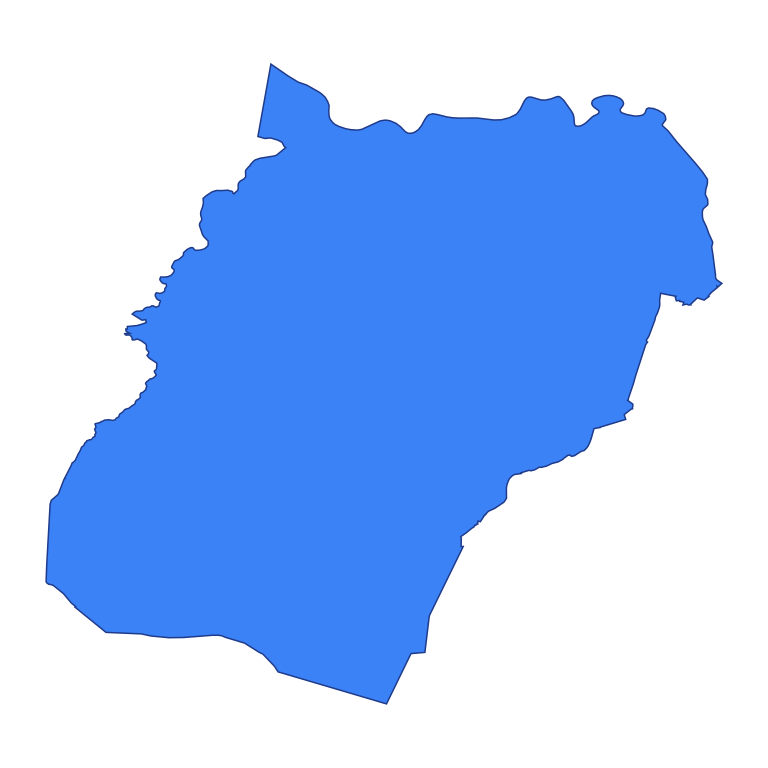 outline of Westerkwartier, Groningen, Netherlands
{"feature_id": "6326949B76926686027911", "entity_name": "Westerkwartier", "entity_type": "district", "adm_level": 2, "iso_a3": "NLD", "parent_name": "Netherlands", "parent_adm1": "Groningen", "projection": "equal_earth", "projection_center": [6.305, 53.214], "detail": "fine", "context": "isolated", "style": "filled", "palette": "blue", "viewbox_px": 768, "rotation_deg": 0, "n_neighbors": 0, "source": "geoboundaries", "source_scale": "gbopen_adm2", "svg_char_len": 6067}
<svg xmlns="http://www.w3.org/2000/svg" viewBox="0 0 768 768"><path d="M715.5,274.7L712.9,254.4L711.8,247.5L711.8,246.6L712.7,243.0L712.6,241.9L708.9,233.8L706.4,226.8L703.2,220.1L702.5,217.3L702.3,212.6L702.6,210.5L703.1,209.2L704.1,208.0L707.6,205.0L707.9,203.9L707.6,199.3L705.8,195.6L705.3,193.9L705.9,189.0L707.0,185.5L707.5,182.4L707.4,179.2L702.7,172.2L695.8,163.7L676.8,141.9L668.2,131.0L662.6,125.8L662.3,125.1L662.5,124.2L665.8,119.7L665.5,117.2L664.8,115.2L663.6,113.6L658.4,110.4L653.4,108.5L648.4,108.0L646.6,108.9L645.0,112.9L643.5,114.5L642.1,115.2L638.9,115.9L634.9,116.1L627.0,114.6L621.8,112.8L620.4,111.3L620.1,110.2L620.2,109.3L622.9,105.6L623.6,103.8L623.2,102.1L622.5,100.7L620.4,98.6L616.7,96.9L612.9,95.8L609.3,95.4L604.2,95.7L597.5,97.6L594.4,99.0L592.5,100.7L591.9,102.4L591.8,103.9L592.6,105.7L593.9,107.1L598.7,110.7L599.0,111.8L598.8,113.0L597.3,114.3L593.6,116.0L591.9,117.2L586.2,122.6L584.4,123.9L580.8,125.9L577.6,126.3L575.4,125.7L574.5,124.4L573.9,117.2L573.1,114.2L571.5,111.3L563.8,100.4L560.3,97.2L558.8,96.5L556.8,96.7L550.9,98.9L545.3,100.1L540.8,99.9L531.8,97.2L529.1,97.0L527.2,97.7L525.8,99.0L524.1,101.4L520.2,109.3L517.2,113.4L516.1,114.4L509.4,117.7L501.3,119.8L493.8,120.0L477.0,118.0L459.1,118.1L452.9,117.8L447.3,117.0L436.7,114.4L432.8,113.8L428.9,114.7L427.1,116.2L424.9,119.4L421.4,125.8L418.3,129.7L414.9,132.1L411.8,133.2L408.4,133.3L406.6,132.5L405.0,131.4L400.7,126.9L396.0,123.3L390.4,120.9L386.9,120.2L384.3,120.2L379.9,121.0L361.9,129.3L357.5,130.1L351.1,129.7L346.0,128.8L339.0,126.5L334.7,124.3L332.6,122.4L330.3,119.4L329.5,117.6L329.0,115.0L328.8,111.2L329.1,105.5L327.8,101.8L325.3,97.4L321.8,94.1L319.4,92.3L306.5,85.0L298.1,82.1L288.0,75.9L270.9,64.1L257.9,136.5L265.0,138.5L270.3,137.9L277.8,140.1L282.0,142.3L284.2,146.4L285.7,147.6L276.3,155.3L274.0,156.0L259.8,158.3L255.3,159.9L253.7,161.0L250.3,164.7L249.9,165.6L250.1,165.8L248.8,166.6L245.9,170.0L245.5,171.2L245.7,176.9L243.9,178.9L240.1,181.2L238.9,182.7L238.2,184.1L238.2,189.3L237.3,190.8L234.5,193.1L234.2,193.8L233.0,193.4L232.5,191.7L231.7,191.1L230.1,191.0L228.0,190.2L221.5,190.6L216.5,190.5L212.5,191.7L211.2,192.4L206.1,195.8L203.1,198.4L203.4,203.1L202.5,207.1L201.0,211.2L200.6,213.2L200.8,215.6L201.7,218.4L201.6,219.8L201.3,220.8L199.8,223.1L199.4,225.3L202.6,234.8L204.2,237.1L208.1,241.0L208.2,244.5L207.7,246.1L204.5,248.8L200.6,250.0L195.5,250.4L194.2,249.4L193.2,248.0L191.8,247.5L189.8,248.0L187.0,249.5L183.6,252.6L183.4,253.8L183.5,254.9L182.7,256.1L178.7,259.5L175.1,260.8L174.2,261.6L171.7,266.5L172.0,268.1L173.8,269.3L174.3,270.2L173.8,272.0L171.9,274.5L170.5,275.6L167.7,276.7L164.7,277.1L160.6,277.0L160.3,278.3L159.9,278.7L159.9,279.8L161.1,281.6L162.1,282.7L163.6,283.6L165.9,283.8L166.6,285.4L166.2,286.9L164.9,288.6L164.7,291.0L163.8,291.8L161.8,293.0L159.7,293.4L156.5,292.8L155.9,293.2L155.3,294.2L155.3,296.0L156.6,298.6L158.3,300.1L159.6,300.3L160.3,300.8L160.3,301.5L159.6,303.0L159.3,305.0L158.5,306.2L157.0,306.9L155.6,307.0L152.9,305.8L151.8,305.8L149.9,307.1L147.3,307.2L145.3,308.0L144.1,308.9L142.7,310.6L139.1,311.2L136.9,311.1L135.7,311.5L134.0,312.5L132.2,314.1L142.0,320.2L145.6,319.7L146.3,322.5L141.5,324.3L136.8,325.6L127.3,326.5L127.3,329.0L125.8,329.0L126.0,331.0L127.8,332.3L129.7,333.2L124.7,333.6L124.8,333.9L125.4,334.8L126.4,335.1L129.6,335.0L130.4,335.5L132.0,337.6L132.2,338.3L132.0,339.5L132.5,340.0L134.7,339.8L137.4,339.0L141.6,341.0L145.8,344.1L146.4,345.5L146.4,349.3L148.8,352.1L148.4,353.8L147.0,355.5L149.3,358.2L156.7,363.1L156.9,364.7L156.5,368.8L155.8,370.0L154.5,370.8L154.3,371.4L154.6,372.3L156.3,374.8L155.3,376.2L153.9,377.5L152.3,378.5L149.7,379.1L148.3,380.6L147.0,381.4L145.8,382.9L145.6,383.7L146.9,386.1L146.1,387.9L145.9,389.5L142.9,392.3L140.8,393.1L140.0,394.9L140.4,397.5L138.4,399.3L136.4,400.3L135.4,402.0L135.2,403.5L134.3,404.5L132.2,405.6L129.0,408.2L125.6,409.2L124.5,409.8L122.8,412.0L119.8,414.0L119.2,415.1L118.9,416.7L116.3,418.2L115.0,419.9L112.6,420.4L108.6,419.7L104.3,420.2L102.7,421.2L101.1,421.6L99.9,422.6L95.2,423.7L95.1,424.5L96.0,427.1L94.6,429.2L95.1,430.7L95.8,431.9L95.8,433.3L94.9,434.4L94.9,436.6L93.2,437.2L91.5,439.5L89.4,439.8L86.6,440.9L86.1,442.1L84.7,443.2L83.8,445.5L81.6,447.1L80.1,450.8L78.2,454.1L75.3,460.2L73.6,462.0L72.1,463.0L71.0,465.9L64.8,477.9L65.2,478.4L64.1,479.1L58.5,493.7L57.9,494.6L51.3,500.3L50.1,504.2L46.7,565.4L46.1,581.0L46.2,582.0L47.0,583.1L48.6,584.2L51.4,584.7L53.3,585.4L63.5,593.7L71.3,603.0L75.6,606.5L74.9,607.1L106.0,632.4L141.3,633.9L151.1,636.0L168.8,637.7L183.6,637.5L213.3,635.2L218.8,635.3L221.9,635.8L225.3,637.3L244.5,643.1L259.3,652.4L262.9,654.1L274.4,666.2L278.1,671.9L386.5,703.9L411.0,653.6L424.9,652.4L429.1,617.3L429.5,615.4L463.2,546.5L461.1,546.5L461.3,538.5L460.8,536.6L466.5,532.6L472.1,528.0L473.7,527.2L475.0,525.1L475.5,525.3L476.4,524.8L476.9,523.9L477.7,524.1L478.0,521.1L480.3,521.7L483.5,517.0L483.5,516.7L484.0,516.2L483.9,515.7L485.7,514.6L485.5,514.3L488.4,511.3L495.2,508.1L504.0,502.1L506.5,498.4L506.4,488.0L507.0,484.7L508.2,481.2L509.4,478.7L512.2,475.8L514.5,474.5L521.3,473.5L520.9,472.8L529.2,470.3L530.8,470.8L534.8,469.8L539.4,467.1L541.2,467.4L546.5,466.1L552.2,463.4L557.9,462.0L563.0,459.3L563.4,458.6L567.3,455.8L567.3,455.5L570.0,455.0L570.6,455.8L571.9,456.3L574.5,455.7L580.9,451.5L584.3,450.4L586.3,448.4L588.1,446.0L589.9,442.2L591.2,438.6L594.0,428.6L600.1,427.5L600.0,427.2L625.7,419.4L624.2,414.6L631.1,409.2L632.6,408.8L632.4,408.1L632.9,405.4L632.8,404.1L627.7,400.4L628.1,400.2L628.5,398.1L633.2,384.3L635.6,375.8L645.6,344.9L647.5,342.0L646.5,341.2L646.4,340.0L648.0,337.7L649.1,335.6L654.8,320.4L655.7,316.4L657.3,313.4L659.2,308.0L659.7,305.5L659.8,303.5L659.6,300.5L660.6,293.3L676.0,296.3L675.3,297.3L676.3,300.8L679.7,300.5L679.7,301.4L683.8,302.2L682.9,305.0L686.3,304.2L687.3,304.3L688.3,305.0L690.9,304.8L690.6,304.3L697.4,297.9L704.2,300.1L708.9,296.5L708.3,296.1L711.4,292.4L717.2,287.7L717.0,286.1L718.1,286.8L721.9,283.4L717.4,280.3L716.1,279.1L715.5,277.3L715.5,274.7Z" fill="#3b82f6" stroke="#1e3a8a" stroke-width="1.5"/></svg>